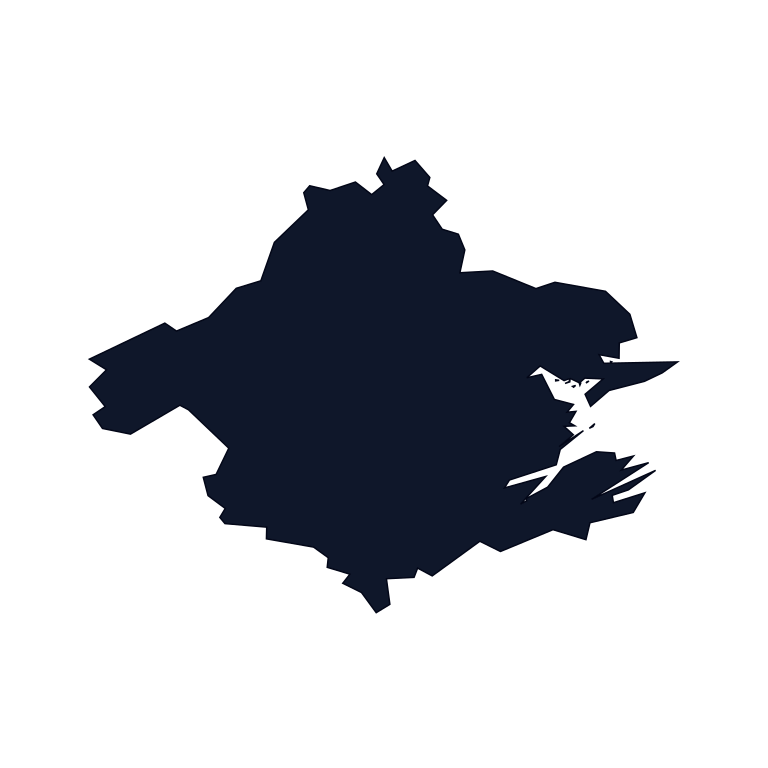 Gort-Kinvara Lea-5, Galway, Ireland, rotated 163°
{"feature_id": "5873133B79086862800883", "entity_name": "Gort-Kinvara Lea-5", "entity_type": "district", "adm_level": 2, "iso_a3": "IRL", "parent_name": "Ireland", "parent_adm1": "Galway", "projection": "robinson", "projection_center": [-8.887, 53.119], "detail": "medium", "context": "isolated", "style": "filled", "palette": "ink", "viewbox_px": 768, "rotation_deg": 163, "n_neighbors": 0, "source": "geoboundaries", "source_scale": "gbopen_adm2", "svg_char_len": 1977}
<svg xmlns="http://www.w3.org/2000/svg" viewBox="0 0 768 768"><g transform="rotate(163 384 384)"><path d="M227.6,191.1L183.2,188.3L166.3,203.7L199.3,203.4L198.3,210.8L181.2,211.3L149.5,222.0L219.3,213.0L153.9,231.4L182.3,232.3L166.5,242.2L184.4,243.0L183.7,250.6L200.7,257.1L236.6,252.0L257.7,237.5L281.5,232.8L281.6,230.6L288.6,229.2L256.4,248.3L299.2,249.4L292.1,255.5L242.9,256.4L234.6,269.9L206.9,281.1L234.9,272.9L217.8,280.1L224.2,290.9L213.7,288.2L218.0,292.8L208.4,301.7L217.2,303.5L208.8,309.0L225.6,319.4L230.4,347.1L245.7,348.2L229.4,355.6L210.8,334.6L205.9,334.9L205.4,334.1L204.9,334.7L204.1,334.7L196.8,328.0L190.2,330.9L172.9,324.8L194.7,315.4L193.0,302.2L170.7,312.0L134.1,310.4L114.7,313.3L96.8,319.3L167.7,339.5L169.8,349.2L151.7,339.9L147.0,354.5L128.6,354.4L128.5,378.8L145.1,407.9L190.8,431.3L210.8,430.8L247.0,460.3L278.9,468.2L267.5,488.6L269.1,505.5L283.1,515.0L288.1,531.6L270.4,541.3L284.5,560.7L279.8,568.1L289.0,588.7L314.0,585.2L317.6,600.4L329.5,587.1L325.6,574.7L340.4,568.7L352.3,585.5L379.0,584.8L397.1,595.3L404.8,590.4L405.4,572.7L447.4,551.5L471.6,518.7L497.3,518.7L532.3,498.8L567.0,495.3L575.8,506.3L658.5,493.9L645.2,478.7L666.5,467.3L657.2,443.9L671.2,439.6L666.2,423.8L641.1,410.2L585.4,423.4L578.5,416.5L551.2,368.0L571.0,346.6L584.1,347.6L584.9,328.7L572.2,311.4L580.0,304.4L576.9,297.0L538.0,281.4L541.7,270.3L499.0,248.6L488.1,234.2L491.9,225.3L472.2,212.1L481.7,205.5L466.5,191.2L458.3,167.6L442.8,171.6L438.6,197.1L411.8,190.3L405.7,198.1L394.0,186.4L338.3,205.6L321.6,189.8L265.0,195.3L236.4,176.1L227.6,191.1ZM205.7,331.7L204.5,334.7L206.4,332.1L210.7,331.6L205.7,331.7ZM196.6,282.2L194.0,284.5L200.6,281.6L196.6,282.2ZM218.9,336.8L215.4,336.3L218.6,337.8L218.9,336.8ZM187.1,326.9L189.4,326.7L190.5,325.8L187.1,326.9ZM203.6,325.5L201.2,326.6L204.4,326.6L203.6,325.5ZM197.0,327.8L197.0,325.6L195.7,327.2L197.0,327.8ZM160.8,339.3L161.1,338.3L159.9,338.7L160.8,339.3Z" fill="#0f172a" stroke="#020617" stroke-width="1.5"/></g></svg>